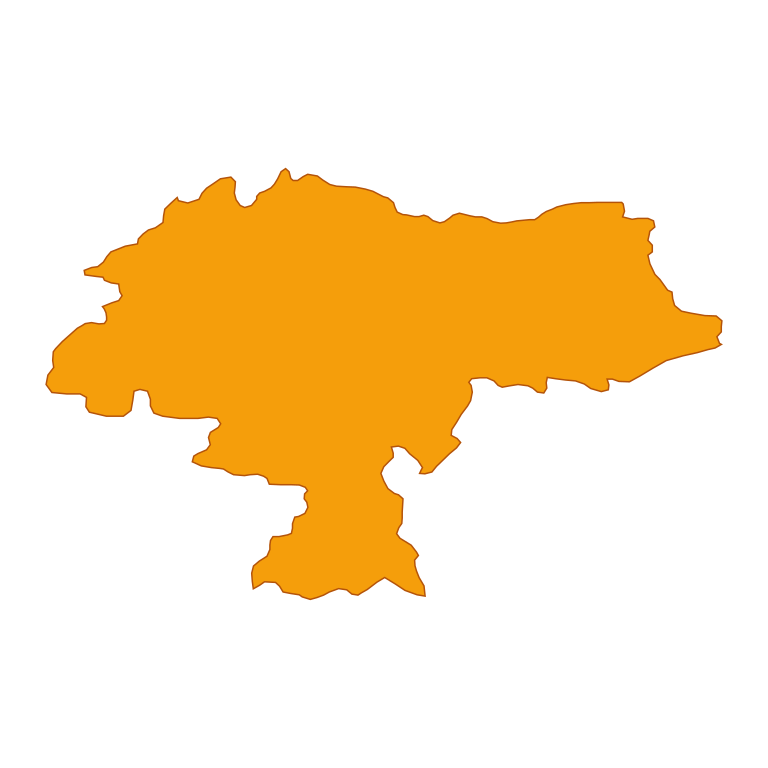 Novogrudok, Grodno, Belarus
{"feature_id": "67162791B21439902878143", "entity_name": "Novogrudok", "entity_type": "district", "adm_level": 2, "iso_a3": "BLR", "parent_name": "Belarus", "parent_adm1": "Grodno", "projection": "robinson", "projection_center": [25.854, 53.617], "detail": "fine", "context": "isolated", "style": "filled", "palette": "amber", "viewbox_px": 768, "rotation_deg": 0, "n_neighbors": 0, "source": "geoboundaries", "source_scale": "gbopen_adm2", "svg_char_len": 4116}
<svg xmlns="http://www.w3.org/2000/svg" viewBox="0 0 768 768"><path d="M177.2,197.5L170.7,203.4L164.8,209.1L163.6,215.8L163.0,222.5L155.4,227.8L148.4,230.0L143.1,234.0L138.4,238.9L137.5,243.9L132.6,244.8L125.2,246.2L110.9,251.9L106.8,256.7L103.4,262.1L97.7,266.7L91.7,267.5L84.2,270.4L85.0,274.9L95.9,276.4L103.0,277.2L104.5,280.3L111.2,282.9L118.7,284.0L119.8,291.7L122.1,295.7L118.7,300.6L111.9,302.8L102.5,306.6L104.2,308.8L106.0,312.8L106.6,317.0L106.6,320.2L104.4,323.5L98.9,323.9L91.5,322.6L85.2,323.6L81.7,325.8L77.4,328.2L71.3,333.6L62.3,341.6L55.6,348.7L53.3,351.8L52.7,360.4L53.7,367.5L47.9,375.1L46.1,384.5L51.9,392.5L66.6,393.9L80.1,393.9L86.5,397.4L85.9,406.8L89.4,412.2L106.4,416.2L123.4,416.2L131.0,410.4L132.8,400.1L134.0,391.2L139.9,389.4L147.5,391.2L150.4,399.2L150.4,405.9L153.9,413.1L162.7,416.2L179.7,418.4L197.9,418.4L208.4,417.1L217.2,418.4L220.7,423.8L218.3,427.5L210.4,432.4L208.5,437.5L210.3,444.7L206.6,449.8L197.9,453.6L193.8,456.1L192.3,461.8L201.3,465.9L211.4,467.6L219.7,468.4L223.5,469.0L228.0,471.9L233.6,474.7L244.5,475.6L250.1,474.7L257.6,474.2L263.6,476.2L267.0,478.4L269.3,484.2L280.5,484.7L291.0,484.7L299.3,485.0L305.3,487.3L307.6,490.8L304.6,493.9L304.2,498.8L306.8,502.2L307.9,507.4L304.9,513.4L298.5,516.5L294.8,517.1L292.5,523.7L292.5,528.3L291.4,533.4L287.6,534.9L279.0,536.6L273.0,536.6L270.5,540.5L269.9,545.0L269.9,549.5L267.0,556.2L259.3,561.1L253.5,566.0L251.7,573.2L252.3,581.3L253.3,588.8L259.7,585.2L264.5,581.8L275.5,582.4L279.5,586.1L283.1,592.0L290.8,593.5L299.3,594.8L302.2,596.9L310.3,599.4L317.1,597.5L323.6,595.1L329.3,592.0L338.6,588.6L346.7,589.8L351.9,594.1L358.0,595.1L361.3,592.9L367.3,589.5L377.0,582.1L384.7,577.5L395.2,583.9L405.0,590.4L417.1,594.8L425.1,596.1L424.0,585.9L419.1,577.6L416.5,571.0L415.0,565.8L414.6,560.1L418.4,555.5L416.5,552.1L411.2,545.2L400.0,538.3L396.6,533.7L398.8,527.7L401.8,523.4L402.2,518.0L402.2,512.2L403.0,498.8L398.5,494.8L394.4,493.5L387.9,488.6L383.8,481.0L380.9,473.4L383.8,466.7L389.1,461.3L393.2,457.3L393.2,453.2L391.4,447.0L398.4,446.1L404.9,448.3L409.6,453.7L417.8,460.4L422.5,467.6L421.3,469.8L419.6,473.4L424.9,473.8L431.9,472.0L436.6,466.2L441.3,461.7L449.5,453.7L456.5,447.9L460.6,442.5L457.1,438.5L451.2,435.4L451.8,429.6L456.5,422.4L461.2,414.4L467.6,405.9L470.6,400.6L472.3,392.1L471.1,385.4L468.8,382.3L471.7,378.7L479.9,377.8L486.9,377.8L494.0,380.9L498.1,385.4L502.2,387.2L509.8,385.8L518.0,384.5L528.0,385.8L532.7,388.1L537.4,392.1L543.8,393.0L546.8,388.1L546.2,382.7L547.3,377.4L555.5,378.7L565.5,380.0L575.5,380.9L584.3,384.0L590.7,388.5L601.3,391.6L608.3,389.8L608.9,384.9L607.1,379.1L612.4,379.1L618.9,381.4L629.4,381.8L639.9,376.0L653.0,368.1L666.2,360.6L683.0,355.8L697.4,352.6L707.9,349.6L715.1,348.0L721.4,344.4L719.5,343.4L716.9,336.7L721.3,331.9L721.3,326.6L721.9,320.8L716.2,316.0L704.9,315.6L691.0,313.2L681.5,311.2L674.6,305.5L672.7,298.8L672.0,292.1L667.6,290.2L660.0,279.6L654.9,274.4L649.9,263.8L647.9,255.2L652.3,251.9L652.3,245.2L647.9,240.4L649.2,234.6L649.8,231.3L654.8,227.0L653.5,220.8L647.9,218.4L637.8,218.4L632.1,219.3L622.6,216.9L624.5,211.2L623.2,204.0L621.7,202.4L607.0,202.4L597.6,202.4L589.0,202.7L581.2,202.7L573.7,203.5L565.8,204.7L556.8,207.0L552.3,209.2L546.3,211.5L541.8,214.3L538.5,217.2L534.7,219.7L529.5,219.7L516.7,220.9L511.5,222.0L506.3,222.9L500.6,223.2L492.8,221.7L487.1,218.6L481.9,216.9L475.5,216.9L469.9,215.8L459.4,213.2L453.0,215.2L449.7,218.0L444.4,221.7L439.9,222.9L432.8,220.6L427.9,216.6L423.8,215.2L419.0,216.6L414.5,216.6L406.6,214.9L402.8,214.6L397.2,212.1L395.0,207.5L393.5,202.7L387.8,197.9L383.4,196.7L378.9,194.4L372.9,191.3L365.4,189.1L355.3,187.1L347.0,186.8L336.5,186.2L329.8,184.5L322.7,180.0L317.4,176.0L307.7,174.3L303.2,176.6L297.6,180.5L293.1,180.5L290.8,178.5L289.0,171.7L285.6,168.6L281.1,171.7L277.7,178.8L274.4,184.2L271.0,187.9L264.6,191.3L259.7,193.0L256.7,196.4L256.7,199.3L251.5,205.5L244.7,207.5L240.2,205.5L236.1,199.8L234.3,193.0L235.0,187.3L235.4,181.7L230.9,177.1L220.4,178.8L213.3,183.7L206.6,188.2L202.0,193.3L199.0,199.3L187.8,203.0L178.4,200.7L177.2,197.5Z" fill="#f59e0b" stroke="#b45309" stroke-width="1.5"/></svg>